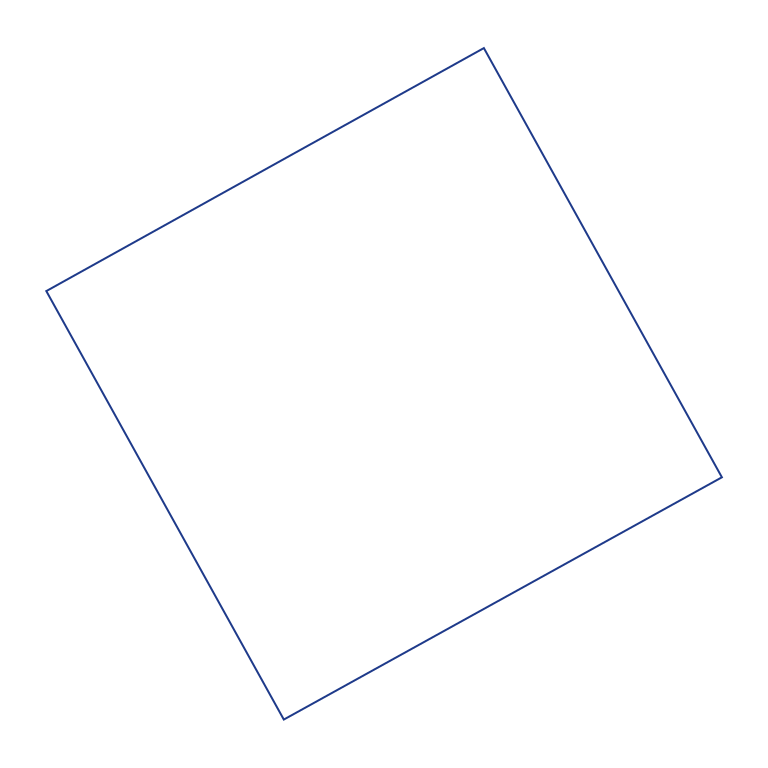 the district of Shackelford, Texas, United States of America, rotated 241°
{"feature_id": "52423323B36829987013590", "entity_name": "Shackelford", "entity_type": "district", "adm_level": 2, "iso_a3": "USA", "parent_name": "United States of America", "parent_adm1": "Texas", "projection": "robinson", "projection_center": [-99.339, 32.736], "detail": "fine", "context": "isolated", "style": "outline", "palette": "blue", "viewbox_px": 768, "rotation_deg": 241, "n_neighbors": 0, "source": "geoboundaries", "source_scale": "gbopen_adm2", "svg_char_len": 262}
<svg xmlns="http://www.w3.org/2000/svg" viewBox="0 0 768 768"><g transform="rotate(241 384 384)"><path d="M139.1,133.7L138.6,634.3L612.0,634.2L629.4,634.2L629.3,416.0L629.0,133.7L272.7,133.7L139.1,133.7Z" fill="none" stroke="#1e3a8a" stroke-width="2"/></g></svg>